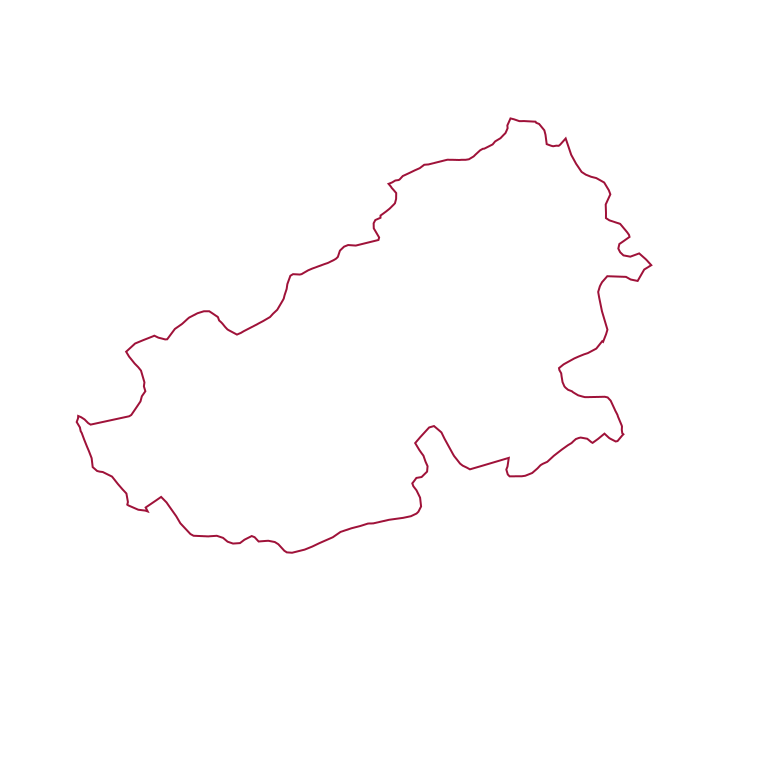 Santa, Al Gharbiyah, Egypt, rotated 239°
{"feature_id": "37247803B92664797200587", "entity_name": "Santa", "entity_type": "district", "adm_level": 2, "iso_a3": "EGY", "parent_name": "Egypt", "parent_adm1": "Al Gharbiyah", "projection": "orthographic", "projection_center": [31.113, 30.774], "detail": "fine", "context": "isolated", "style": "outline", "palette": "rose", "viewbox_px": 768, "rotation_deg": 239, "n_neighbors": 0, "source": "geoboundaries", "source_scale": "gbopen_adm2", "svg_char_len": 4800}
<svg xmlns="http://www.w3.org/2000/svg" viewBox="0 0 768 768"><g transform="rotate(239 384 384)"><path d="M500.9,666.2L498.4,658.2L498.2,656.4L499.5,654.5L500.7,651.4L502.0,650.1L505.8,647.0L514.5,650.8L518.9,652.1L527.0,650.9L529.5,649.0L530.8,649.0L536.2,641.0L537.1,639.7L539.6,635.4L544.0,631.7L546.5,629.2L543.9,625.5L542.1,622.9L539.6,621.7L537.8,619.2L536.5,617.3L535.9,614.8L534.7,610.4L534.7,604.2L533.4,600.5L534.0,592.1L534.1,591.1L534.7,589.9L534.8,586.8L533.5,580.5L532.9,578.1L532.9,572.5L534.2,569.3L536.1,566.2L537.3,563.8L540.5,558.8L543.6,553.8L544.3,551.6L549.3,535.2L551.2,531.4L550.6,525.8L551.3,520.2L551.7,515.6L552.3,509.8L552.6,507.2L551.3,502.8L551.3,501.6L552.6,498.5L552.6,494.7L553.2,491.0L549.5,491.6L548.2,491.6L545.1,492.2L541.4,492.8L540.4,492.2L536.4,489.7L533.3,486.5L532.8,484.9L532.6,484.0L531.4,479.1L530.8,474.7L530.4,470.4L530.2,467.8L528.3,466.6L529.0,461.0L527.1,457.9L522.7,455.4L512.1,455.3L510.3,453.4L516.8,432.4L517.2,431.1L521.6,424.8L522.3,420.5L521.6,417.4L521.4,416.5L521.0,414.9L516.7,409.9L516.1,407.4L516.1,405.0L516.7,398.0L517.4,394.9L519.9,381.9L520.5,377.5L520.6,371.9L520.6,370.0L521.2,368.2L525.0,362.6L525.0,359.5L519.4,352.6L515.6,349.5L511.3,344.5L508.8,342.0L507.7,340.1L502.6,330.7L501.4,325.1L500.1,320.8L500.2,312.7L500.5,307.4L500.5,306.4L501.5,290.9L501.5,290.1L501.5,287.8L502.1,283.4L510.3,278.5L511.5,277.9L514.7,277.2L519.0,276.6L520.8,276.2L522.4,275.7L523.4,275.4L524.9,275.7L526.9,276.1L533.0,273.3L536.3,271.7L538.3,268.4L539.1,267.1L539.5,265.5L540.7,260.6L541.3,251.2L541.0,249.3L540.1,245.0L539.5,241.9L539.2,237.5L538.9,233.1L535.9,225.8L534.0,221.2L534.9,219.4L537.4,217.0L539.9,214.5L543.7,212.0L543.9,210.3L545.6,200.2L546.9,191.5L544.7,180.7L544.5,179.6L538.8,179.6L536.0,180.0L530.0,180.8L525.0,182.0L520.6,182.6L508.8,179.5L505.7,177.0L500.7,175.7L498.2,170.1L494.5,166.3L491.6,160.1L487.6,151.4L487.6,148.9L500.3,111.6L502.8,110.3L507.8,109.1L511.5,107.3L514.1,105.4L512.2,104.1L509.7,101.0L504.7,101.0L503.4,101.0L501.8,100.4L499.7,99.7L497.8,99.7L490.9,98.4L483.5,97.2L478.5,96.5L471.0,95.2L462.8,91.5L457.2,93.3L455.3,95.2L453.4,97.6L444.7,103.2L435.3,104.4L428.4,105.6L422.8,106.8L414.7,103.7L412.8,101.8L411.5,102.4L402.8,108.6L398.4,114.2L396.5,115.8L400.9,116.1L401.6,128.7L402.0,134.8L394.5,136.6L391.1,136.8L377.6,137.8L369.5,137.7L355.1,140.8L352.0,142.6L343.8,155.0L343.4,155.9L340.0,162.5L335.0,166.8L329.4,168.7L325.0,172.4L321.8,178.6L322.4,184.2L321.8,192.3L319.3,194.2L313.6,195.4L310.5,201.6L309.2,204.1L304.8,209.0L301.1,210.9L292.3,212.7L290.8,213.5L289.8,213.9L286.7,218.3L282.9,230.7L281.6,238.8L280.9,246.3L280.4,250.3L279.0,261.2L279.6,270.6L277.1,281.8L275.7,286.5L274.5,290.5L272.6,298.5L270.1,302.9L265.0,318.4L259.4,331.5L256.8,339.0L256.7,340.1L256.2,345.2L256.8,347.7L259.3,351.7L259.9,352.7L268.0,356.4L276.2,357.1L281.2,356.5L284.3,357.1L284.7,358.3L286.8,363.4L284.9,368.3L286.7,375.8L291.1,379.0L296.1,379.6L302.3,380.9L305.0,380.6L309.2,380.3L313.0,380.3L317.3,380.3L319.8,387.8L323.5,400.3L322.2,405.2L316.0,407.3L312.9,408.3L306.0,407.7L288.1,407.0L286.0,407.0L281.6,407.6L276.6,408.2L273.5,409.4L269.7,411.9L266.6,413.7L263.8,424.3L258.0,446.7L256.4,452.9L249.6,447.3L247.7,444.8L242.7,443.5L240.2,444.1L238.3,447.2L237.8,448.1L233.9,454.7L232.6,457.8L232.0,461.5L231.4,465.2L232.6,472.1L233.6,475.6L233.8,476.5L233.8,478.9L233.2,483.9L235.0,492.6L236.2,502.6L236.8,510.1L236.8,514.4L237.4,516.9L238.0,520.1L237.4,523.2L236.8,525.0L232.4,530.0L227.3,531.8L226.1,532.5L226.7,539.3L227.9,547.4L221.7,549.2L220.4,549.9L215.4,553.0L214.8,554.8L217.2,561.7L217.6,563.3L219.1,562.9L222.2,564.2L225.0,566.1L226.1,566.4L229.5,566.9L235.7,567.8L237.2,568.2L240.0,568.4L242.0,568.5L243.5,568.7L252.9,569.7L257.3,568.8L259.4,566.6L262.4,561.3L267.4,552.6L269.2,549.5L270.1,548.6L271.1,547.6L274.3,544.6L278.2,542.5L280.0,541.6L280.9,541.4L284.2,538.8L287.4,537.7L289.0,537.4L293.6,538.0L294.4,538.3L297.4,539.5L299.2,540.2L301.9,541.4L305.6,541.5L307.5,542.2L308.3,547.9L308.3,549.0L308.1,554.6L307.9,560.2L307.3,565.0L306.4,570.7L305.5,574.6L305.0,584.2L308.3,593.1L307.3,593.5L312.3,600.0L315.5,603.5L334.1,608.3L347.4,613.0L352.6,615.0L356.6,619.4L357.6,621.0L359.0,623.4L359.4,624.7L361.4,630.9L351.2,646.6L346.6,649.2L345.0,650.9L341.7,654.5L348.1,666.0L348.2,674.3L355.1,672.9L356.3,672.6L364.5,670.0L365.3,665.8L366.3,660.7L370.9,655.5L375.2,654.3L376.9,654.4L379.4,654.6L381.8,656.9L382.8,657.9L382.9,660.2L383.1,663.3L383.3,665.8L383.6,670.2L385.6,670.8L388.6,670.6L390.7,670.3L399.6,668.9L408.2,661.5L411.9,659.7L415.5,661.9L416.3,662.4L423.7,666.5L430.0,675.7L434.2,676.5L443.3,676.5L447.2,674.3L451.2,672.0L454.3,668.9L454.9,668.3L459.5,664.8L464.0,662.6L472.0,662.2L473.2,662.1L474.1,662.1L484.0,662.5L500.9,666.2Z" fill="none" stroke="#9f1239" stroke-width="2"/></g></svg>